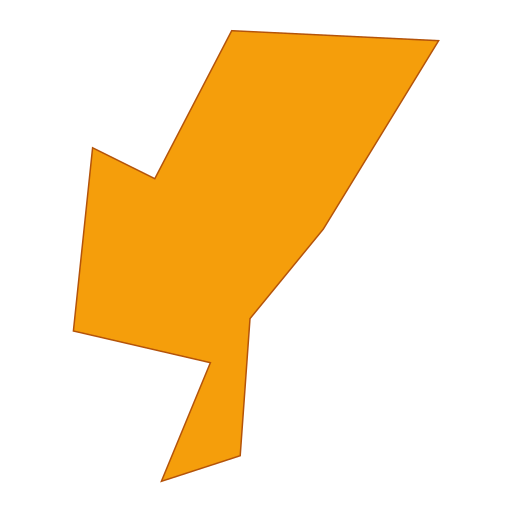 Galax, Virginia, United States of America
{"feature_id": "52423323B65512334983312", "entity_name": "Galax", "entity_type": "district", "adm_level": 2, "iso_a3": "USA", "parent_name": "United States of America", "parent_adm1": "Virginia", "projection": "orthographic", "projection_center": [-80.921, 36.66], "detail": "fine", "context": "isolated", "style": "filled", "palette": "amber", "viewbox_px": 512, "rotation_deg": 0, "n_neighbors": 0, "source": "geoboundaries", "source_scale": "gbopen_adm2", "svg_char_len": 260}
<svg xmlns="http://www.w3.org/2000/svg" viewBox="0 0 512 512"><path d="M154.8,178.7L92.6,147.8L73.4,331.0L210.4,362.7L161.4,481.3L240.2,455.7L250.0,318.6L323.3,229.1L438.6,40.7L231.7,30.7L154.8,178.7Z" fill="#f59e0b" stroke="#b45309" stroke-width="1.5"/></svg>